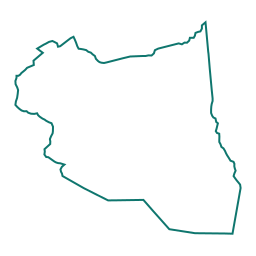 Cariré, Ceará, Brazil
{"feature_id": "56859067B46733430176329", "entity_name": "Cariré", "entity_type": "district", "adm_level": 2, "iso_a3": "BRA", "parent_name": "Brazil", "parent_adm1": "Ceará", "projection": "natural_earth1", "projection_center": [-40.549, -3.949], "detail": "fine", "context": "isolated", "style": "outline", "palette": "teal", "viewbox_px": 256, "rotation_deg": 0, "n_neighbors": 0, "source": "geoboundaries", "source_scale": "gbopen_adm2", "svg_char_len": 1955}
<svg xmlns="http://www.w3.org/2000/svg" viewBox="0 0 256 256"><path d="M240.6,188.0L240.1,184.6L238.5,182.6L236.6,180.3L235.0,178.1L233.6,176.1L234.4,173.4L235.6,170.7L234.8,168.4L234.3,166.3L234.4,163.8L233.5,161.8L230.5,160.7L228.8,157.9L227.0,155.1L225.9,153.0L225.1,151.1L223.5,148.4L221.4,146.9L220.5,144.2L219.3,142.0L219.3,139.8L219.4,136.5L219.2,133.7L216.9,132.9L215.8,131.1L216.5,128.9L217.3,125.6L217.9,123.3L216.2,121.9L215.5,118.5L213.4,117.5L212.2,115.8L211.1,113.0L211.1,109.4L211.3,106.4L211.7,104.0L212.6,101.0L212.6,98.4L211.7,89.7L209.7,68.1L208.5,53.8L208.2,51.6L206.0,27.6L205.5,22.3L201.9,25.4L201.9,28.6L200.4,31.4L198.1,31.9L195.5,32.9L194.9,35.7L193.7,37.8L189.9,37.8L189.2,40.6L187.0,42.7L184.5,42.6L181.9,44.3L178.7,43.4L158.2,48.6L154.9,50.2L153.9,53.4L151.6,55.5L148.4,55.4L145.6,56.0L142.5,56.0L130.2,56.5L122.7,58.3L106.7,62.4L104.0,63.0L101.4,62.7L99.5,62.1L98.0,61.0L95.9,58.8L94.9,56.0L92.7,54.4L90.8,52.6L88.3,51.8L86.2,50.1L83.3,49.4L81.0,49.0L78.6,48.7L77.3,46.2L76.0,42.5L74.8,39.6L73.5,36.8L70.6,38.2L66.8,41.1L63.7,43.5L60.2,46.2L58.0,46.7L57.1,43.4L54.3,41.9L52.4,41.0L49.0,41.9L45.8,43.7L43.9,44.6L41.7,45.9L37.2,48.6L42.8,52.8L33.5,60.7L33.8,65.0L27.1,67.8L25.2,69.9L23.4,71.4L21.3,73.1L20.1,74.7L18.4,75.8L16.5,75.8L16.5,77.9L15.4,81.0L15.6,84.2L17.2,87.4L18.1,90.1L17.7,93.9L17.1,97.9L15.9,101.4L15.4,104.9L17.4,107.1L19.4,108.9L21.6,110.5L24.0,111.3L26.6,111.2L28.2,112.7L31.0,113.7L34.3,113.9L37.1,113.3L38.1,115.2L39.6,116.6L42.5,118.6L44.6,119.6L46.2,120.8L49.0,122.3L51.5,123.2L53.0,126.7L52.9,131.3L52.6,133.4L51.1,136.2L49.9,139.1L50.3,141.4L50.2,144.0L44.5,149.2L44.8,151.6L44.4,154.5L46.2,157.0L48.3,157.2L54.5,161.6L56.2,162.5L58.1,163.1L60.3,163.3L64.4,164.6L61.9,166.8L60.5,169.4L61.0,171.7L62.0,173.6L62.5,176.0L83.9,188.2L97.1,194.9L108.1,200.4L117.2,200.3L143.4,199.9L153.2,211.1L169.3,229.2L195.0,233.2L225.1,233.5L232.5,233.7L240.6,188.0Z" fill="none" stroke="#0f766e" stroke-width="2"/></svg>